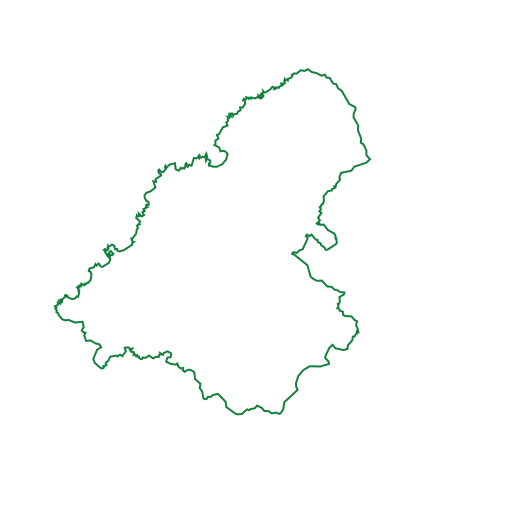 Pacitan, Jawa Timur, Indonesia, rotated 129°
{"feature_id": "22746128B46377021687256", "entity_name": "Pacitan", "entity_type": "district", "adm_level": 2, "iso_a3": "IDN", "parent_name": "Indonesia", "parent_adm1": "Jawa Timur", "projection": "albers", "projection_center": [111.181, -8.102], "detail": "fine", "context": "isolated", "style": "outline", "palette": "green", "viewbox_px": 512, "rotation_deg": 129, "n_neighbors": 0, "source": "geoboundaries", "source_scale": "gbopen_adm2", "svg_char_len": 6126}
<svg xmlns="http://www.w3.org/2000/svg" viewBox="0 0 512 512"><g transform="rotate(129 256 256)"><path d="M333.9,139.4L332.3,142.5L329.7,144.9L322.6,147.6L315.0,147.5L307.8,144.8L301.4,136.5L294.0,131.4L292.5,132.8L291.7,138.0L290.6,138.9L281.0,141.2L276.9,140.7L277.7,136.3L274.2,129.0L270.7,126.3L267.7,128.4L260.9,128.1L257.7,130.0L256.6,128.8L253.6,129.3L252.4,128.6L251.6,129.7L250.8,128.8L250.4,130.4L249.3,130.1L246.7,134.7L243.1,136.5L243.7,139.2L242.8,143.8L246.6,148.9L247.0,151.1L244.6,153.5L245.7,155.8L244.7,159.1L245.3,159.9L243.2,160.2L241.7,162.2L240.6,161.4L238.7,162.2L235.4,165.3L230.5,163.5L228.7,164.3L231.0,167.8L231.6,172.1L232.8,173.6L232.4,177.9L234.8,181.5L233.7,189.4L237.0,193.1L237.7,196.7L237.7,200.5L230.8,210.3L230.9,227.1L231.7,229.1L230.7,229.6L229.3,229.1L228.1,226.4L224.0,225.6L221.5,224.0L210.4,226.7L209.0,227.8L209.5,229.5L207.4,230.0L206.6,226.8L204.4,226.3L205.7,219.9L204.8,218.5L206.2,216.7L205.5,213.5L206.6,212.3L206.3,208.1L207.4,205.7L206.3,204.5L196.2,201.3L194.8,201.6L191.8,204.7L192.3,205.4L190.7,206.4L189.3,209.0L190.6,216.5L189.0,223.2L191.3,225.7L190.9,227.1L192.2,227.3L192.5,229.2L188.1,228.7L187.3,231.8L181.3,232.3L181.3,235.0L179.1,234.7L177.7,237.3L176.8,236.6L174.8,237.5L174.0,236.7L170.7,237.7L167.1,241.0L160.2,240.9L157.4,238.3L156.2,239.0L153.0,237.5L152.7,239.0L151.3,238.0L150.0,238.9L143.7,238.8L142.1,240.9L137.8,242.2L129.7,235.6L124.7,235.8L114.1,229.0L109.0,228.3L108.2,233.7L104.5,236.6L101.6,242.7L102.0,245.9L98.5,248.2L94.2,255.8L90.2,258.8L86.9,267.4L83.9,269.7L78.9,271.1L77.9,272.6L79.2,279.1L73.7,293.3L74.0,297.9L71.9,301.9L73.4,304.6L71.2,310.9L73.0,313.6L71.7,316.5L74.7,318.6L75.8,324.3L77.9,328.2L78.1,333.2L81.8,334.9L83.3,338.0L88.7,339.2L90.4,341.5L92.5,342.0L92.5,341.3L95.1,340.8L98.0,342.5L99.4,341.8L99.2,343.0L101.1,343.5L100.5,345.0L102.5,344.1L103.2,342.4L105.5,342.7L105.5,344.2L106.3,343.7L106.5,344.5L107.5,343.2L110.0,344.6L111.0,344.1L112.4,346.6L113.4,345.9L115.0,346.7L113.8,348.2L114.1,349.7L117.7,349.8L122.6,351.4L123.7,352.5L123.4,354.1L124.4,353.1L125.8,353.9L127.0,350.9L127.9,350.8L130.0,351.0L130.7,351.6L130.9,352.4L129.7,351.2L127.1,351.5L127.4,353.2L128.3,353.3L127.8,353.9L130.0,354.0L129.8,355.3L130.7,354.6L134.0,355.8L135.9,359.6L136.9,359.1L136.9,360.1L138.4,360.5L137.5,362.6L138.2,361.6L138.7,363.3L139.4,362.4L141.0,362.6L141.6,364.4L143.1,363.9L142.2,362.8L144.4,360.2L149.3,359.9L150.4,361.9L152.6,359.7L155.2,360.9L157.3,360.1L160.1,362.6L161.1,362.2L160.3,364.3L161.8,365.9L162.9,363.6L163.1,365.6L165.0,363.8L165.8,365.7L166.5,363.8L167.7,364.0L168.6,362.8L170.9,363.1L172.6,360.2L176.8,362.7L184.7,361.4L186.4,362.6L188.4,359.1L191.9,360.2L194.7,357.8L195.9,358.1L194.8,353.1L197.0,349.5L194.8,347.6L194.0,345.4L194.5,342.4L199.6,339.9L205.8,340.0L211.2,342.5L213.9,346.0L214.5,349.4L216.1,348.9L213.6,350.8L212.9,350.2L210.6,351.6L211.3,355.2L213.3,354.8L211.6,356.5L209.7,356.2L207.8,359.1L211.6,357.9L212.4,360.1L213.9,360.3L214.4,361.5L213.2,363.4L214.7,363.5L215.9,362.2L215.9,363.3L217.7,363.9L219.0,365.9L226.4,362.9L227.1,365.3L229.6,365.1L229.6,367.0L233.2,366.9L233.1,367.7L234.8,368.6L234.7,369.9L238.2,369.7L239.2,373.0L234.9,377.3L239.2,380.6L243.4,381.2L242.9,383.1L244.5,382.5L244.8,380.9L249.3,381.0L250.4,382.9L249.8,385.7L251.1,385.7L252.8,383.2L252.3,381.5L253.1,380.4L259.4,382.4L261.3,380.4L262.5,382.8L266.1,377.3L272.3,378.7L275.8,381.0L278.9,380.8L280.7,379.3L282.2,375.9L281.6,374.0L283.0,372.0L283.9,371.7L285.1,373.5L287.1,372.5L286.5,371.2L290.4,373.0L291.1,370.8L293.3,371.9L294.7,368.8L297.2,369.7L296.7,373.8L298.5,371.9L299.7,373.0L299.4,374.2L301.8,373.1L302.1,367.9L304.0,367.3L304.5,366.2L306.1,367.6L307.6,367.4L308.3,365.4L310.7,365.2L314.1,363.2L320.3,363.1L320.9,363.8L322.5,361.1L322.0,359.8L323.7,360.3L325.3,359.3L334.8,362.5L338.3,364.9L339.2,367.0L337.9,368.4L339.5,369.9L337.1,372.8L337.8,375.1L341.9,376.4L341.4,377.3L343.0,376.6L343.1,375.4L345.0,375.0L345.7,377.8L346.9,378.0L346.3,375.9L347.7,376.3L349.0,372.4L343.5,372.1L344.1,368.1L346.0,368.3L346.6,370.0L347.7,369.4L347.7,370.7L349.5,370.6L349.9,367.4L353.8,366.0L361.1,368.5L361.9,370.3L360.8,373.6L363.8,374.0L363.3,375.6L366.9,374.9L370.4,377.5L373.0,376.4L372.3,374.8L373.8,372.3L378.5,369.5L382.4,369.5L382.9,370.4L384.9,370.4L385.4,371.8L386.8,371.0L387.6,374.3L389.4,372.9L389.9,374.6L391.3,373.6L391.7,375.1L393.0,375.4L393.7,372.1L394.7,372.3L395.4,370.5L399.7,368.6L400.4,370.0L402.7,369.8L405.3,371.9L406.6,376.6L405.8,377.3L406.9,378.1L405.9,379.0L406.7,379.7L407.6,378.8L410.6,379.0L413.6,380.7L412.8,378.4L414.0,377.7L414.6,378.8L416.1,378.0L415.9,380.3L416.9,379.7L417.1,380.6L418.7,379.2L421.7,380.6L421.8,378.5L423.2,378.8L423.5,376.7L425.3,375.7L424.9,373.6L426.0,372.4L427.2,366.9L425.8,363.4L423.7,361.6L421.6,354.8L416.3,349.4L419.7,345.1L423.3,344.7L424.0,342.6L423.0,340.2L425.9,339.5L428.9,334.5L425.7,331.4L424.9,325.7L423.2,322.2L424.4,318.9L428.9,320.5L438.6,317.6L440.6,313.8L440.8,306.5L440.1,304.5L438.5,304.0L437.6,305.4L435.1,303.5L433.6,305.6L430.3,304.9L426.0,305.9L421.3,301.9L421.3,300.5L418.2,299.6L418.0,296.8L412.0,297.2L410.1,300.2L408.9,299.5L407.1,297.0L408.0,295.5L405.9,293.9L408.7,293.7L409.0,292.6L407.6,290.8L409.7,289.1L408.4,288.9L409.2,287.0L408.1,286.2L409.2,285.7L407.8,283.8L408.7,283.2L408.6,280.5L407.5,279.7L406.1,280.2L404.7,277.8L400.8,276.5L400.2,271.4L397.4,270.5L395.7,268.1L393.8,268.9L392.7,268.3L391.8,269.4L391.3,266.1L389.7,266.7L385.7,264.7L385.1,260.7L386.1,259.8L388.4,258.7L390.7,260.9L394.7,259.3L393.5,254.3L390.8,249.9L389.1,249.5L390.8,246.8L390.8,243.9L388.9,242.2L390.8,241.1L391.0,238.6L387.6,237.5L385.7,235.4L385.1,230.8L390.0,225.9L390.3,218.7L394.0,216.7L395.4,212.3L399.7,207.2L399.5,205.6L397.9,204.3L396.0,204.8L393.5,202.3L390.9,201.9L387.1,198.7L388.4,187.9L392.0,184.0L391.5,172.6L390.3,170.2L387.6,167.5L380.9,166.5L380.2,164.2L378.5,164.0L375.3,161.2L371.6,161.0L370.4,155.9L371.2,152.1L368.5,148.2L368.4,144.8L365.0,141.8L364.2,138.8L362.7,137.9L357.6,138.5L351.8,142.0L333.9,139.4ZM229.4,368.3L228.1,367.6L227.6,368.5L228.3,368.8L229.4,368.3Z" fill="none" stroke="#15803d" stroke-width="2"/></g></svg>